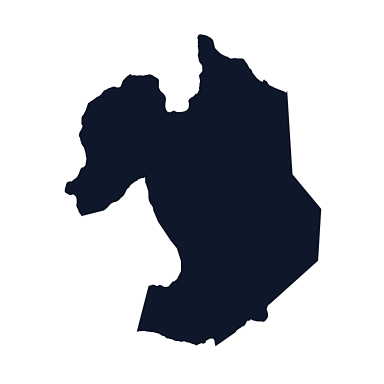 Eau Piquant/St Urbain, Vieux Fort, Saint Lucia (orthographic projection), rotated 263°
{"feature_id": "8701671B56799057925384", "entity_name": "Eau Piquant/St Urbain", "entity_type": "district", "adm_level": 2, "iso_a3": "LCA", "parent_name": "Saint Lucia", "parent_adm1": "Vieux Fort", "projection": "orthographic", "projection_center": [-60.939, 13.762], "detail": "fine", "context": "isolated", "style": "filled", "palette": "ink", "viewbox_px": 384, "rotation_deg": 263, "n_neighbors": 0, "source": "geoboundaries", "source_scale": "gbopen_adm2", "svg_char_len": 5937}
<svg xmlns="http://www.w3.org/2000/svg" viewBox="0 0 384 384"><g transform="rotate(263 192 192)"><path d="M37.2,197.1L47.2,215.9L47.9,217.3L48.7,217.9L50.4,220.0L52.9,225.0L53.7,227.4L54.0,227.8L56.2,229.2L56.9,229.6L57.8,230.5L58.2,231.2L58.3,231.8L58.0,233.0L58.2,233.4L59.0,233.9L59.2,234.4L59.2,234.8L59.0,235.6L58.9,235.9L57.9,236.9L57.8,237.1L57.5,238.5L56.8,239.8L56.3,241.5L55.9,245.2L55.7,245.8L55.3,246.5L55.2,247.0L55.4,247.8L55.8,248.5L58.1,250.8L59.2,251.4L61.3,251.8L62.1,251.8L64.8,251.5L66.0,251.0L66.5,251.1L67.2,251.2L69.5,252.3L70.1,252.7L71.0,253.4L71.4,253.9L71.8,254.9L109.0,308.1L159.3,317.4L197.1,293.1L278.4,297.9L277.6,297.3L277.6,297.1L278.1,297.0L279.3,296.0L280.0,295.2L282.9,289.6L285.1,285.7L286.3,284.1L288.0,281.1L288.3,280.9L288.7,280.8L289.1,280.7L289.9,280.0L290.8,279.6L291.1,279.6L292.2,279.2L292.6,278.2L293.1,277.8L293.6,277.6L293.9,277.2L293.6,276.8L293.3,276.7L292.9,277.0L292.7,276.7L292.1,276.2L292.1,275.5L292.2,274.8L292.6,274.2L293.1,273.1L293.4,272.7L294.7,271.5L296.9,269.4L300.5,267.3L302.1,266.2L303.0,265.9L305.3,265.3L306.1,264.9L306.7,264.4L307.3,263.6L307.9,263.2L309.0,262.9L309.5,262.6L312.2,261.7L314.1,260.5L315.8,259.6L316.8,259.3L317.7,257.7L318.3,252.8L318.8,251.5L319.0,250.5L318.9,248.8L318.8,248.7L319.0,246.7L318.8,246.3L318.8,245.9L319.5,245.4L320.7,244.1L321.2,243.3L322.3,241.1L323.1,239.8L324.8,237.4L325.3,236.8L328.2,234.3L330.5,232.6L331.3,232.0L332.4,231.5L334.4,231.4L336.3,231.1L337.9,231.0L339.2,230.8L340.2,230.5L342.6,228.4L343.2,227.5L343.6,226.5L344.5,225.8L345.6,223.3L345.9,222.0L346.5,220.5L346.8,219.0L346.4,218.2L346.1,217.8L344.7,216.9L343.8,216.9L343.2,217.2L342.0,217.2L340.6,216.9L339.7,216.8L339.3,216.7L336.9,216.8L336.0,216.2L335.9,216.4L333.0,216.3L332.1,216.5L331.4,216.5L330.6,216.3L330.2,216.0L329.8,216.0L329.4,216.0L327.9,215.5L326.6,215.2L322.0,215.6L320.6,215.8L319.6,216.3L318.1,217.3L316.9,217.9L315.6,218.3L314.7,218.1L313.8,218.1L312.7,217.9L311.8,218.0L310.8,217.8L310.3,217.6L308.6,216.0L307.3,214.5L306.4,213.8L303.1,214.2L301.3,214.3L300.4,214.1L300.2,214.3L299.0,213.6L298.3,213.3L296.6,213.2L295.4,212.7L294.5,212.4L293.6,212.3L292.8,212.5L292.0,212.3L291.3,211.6L289.8,210.8L288.8,210.2L288.0,207.6L287.2,206.8L286.3,205.8L285.8,204.9L285.3,203.3L284.0,201.2L282.8,200.3L282.5,200.1L281.6,200.3L280.3,200.6L279.8,200.6L279.5,200.5L278.4,200.4L277.6,200.1L276.8,200.0L274.9,199.1L273.9,198.1L273.7,197.7L273.2,197.2L272.9,196.6L272.2,194.2L271.9,190.7L272.3,187.7L272.5,186.5L272.8,186.0L272.5,185.6L273.0,185.1L273.8,184.7L274.1,184.4L274.1,184.0L273.7,181.9L273.0,180.5L273.0,179.9L273.4,178.5L274.1,177.0L274.7,176.5L276.0,175.9L277.2,175.5L278.8,175.2L281.5,175.3L284.0,175.8L285.7,176.4L288.7,176.8L290.4,176.3L292.4,175.3L295.6,172.5L296.2,172.1L296.7,171.9L297.5,171.8L299.4,171.0L304.1,171.6L306.0,172.0L307.0,172.0L307.4,171.9L308.3,171.3L308.8,170.5L309.5,169.7L310.5,168.3L311.1,167.6L311.9,166.8L312.5,165.7L313.0,164.8L313.2,164.1L313.2,163.8L312.9,161.2L313.0,160.3L312.9,159.8L312.7,158.4L312.7,157.3L313.4,154.7L313.4,151.9L313.5,151.0L313.9,150.1L314.3,148.8L314.3,147.8L314.1,146.8L314.2,146.5L314.3,146.2L315.2,145.3L315.7,145.2L313.9,141.8L310.7,137.8L309.7,137.0L308.3,136.5L305.1,134.7L304.7,134.3L304.2,133.3L303.9,131.4L304.2,129.9L304.8,128.9L305.2,128.1L305.4,126.9L305.3,125.9L304.6,123.5L304.5,122.1L303.8,121.0L302.7,117.3L299.5,114.4L297.7,111.5L297.2,109.4L296.1,107.7L294.9,105.6L293.1,101.8L292.2,100.3L291.7,100.0L285.8,97.2L285.5,97.2L285.0,96.7L282.6,95.0L282.0,94.7L281.4,94.0L279.6,92.3L274.5,91.5L273.6,91.2L270.4,92.4L269.2,91.5L267.5,90.6L266.6,90.0L264.9,88.5L262.9,87.7L261.7,87.4L261.2,87.4L260.7,87.6L259.3,88.3L257.3,88.2L256.6,88.4L253.1,89.0L250.8,90.1L249.6,90.9L243.7,91.8L241.6,91.8L240.9,91.9L239.6,91.9L238.7,92.1L237.2,92.0L236.8,91.7L235.8,91.5L234.3,91.0L233.7,91.0L232.5,90.5L232.1,90.5L231.7,90.4L230.4,89.4L229.4,88.4L229.1,87.6L228.9,85.8L228.7,85.5L227.3,84.4L223.5,82.5L221.4,81.1L221.0,80.8L219.9,79.7L219.0,78.3L217.8,76.1L216.4,74.1L216.3,73.7L216.3,73.3L216.4,72.9L216.6,72.7L216.7,72.2L216.7,71.9L216.4,70.3L216.1,69.6L215.7,69.3L214.4,68.6L212.7,68.0L211.5,67.4L209.9,66.8L208.9,66.6L207.8,66.6L207.2,66.9L204.8,70.3L204.4,71.1L204.9,73.2L204.6,74.5L204.0,75.2L203.1,76.0L202.7,76.4L201.8,76.9L201.3,77.1L200.8,77.2L198.7,77.4L195.8,77.1L193.0,76.4L192.1,76.3L191.6,76.4L188.5,77.5L186.5,77.9L185.3,78.4L184.3,79.1L182.4,79.9L185.1,101.5L184.9,101.3L185.1,101.8L185.9,103.4L187.4,105.5L188.8,107.3L189.5,107.8L190.8,109.7L191.4,110.6L191.9,112.1L192.1,113.0L192.3,114.9L192.4,115.5L193.3,117.6L193.6,118.2L195.6,120.5L196.8,122.5L197.7,123.5L199.6,124.9L202.3,126.5L202.9,127.0L203.4,127.4L204.0,128.2L205.0,129.9L206.2,130.6L206.6,130.9L207.1,131.6L209.6,135.7L210.8,138.8L211.5,139.7L212.2,141.2L212.3,142.4L212.7,143.2L212.6,143.9L212.7,144.8L212.6,145.8L212.8,146.0L213.7,146.4L214.1,147.2L211.8,148.2L211.0,147.8L208.9,147.8L207.7,147.4L205.6,148.0L198.7,149.4L196.2,149.3L191.9,148.9L188.8,148.9L185.8,149.9L184.4,150.9L182.1,151.9L180.1,152.2L178.5,152.1L166.7,155.5L146.8,165.5L138.4,170.8L124.7,173.4L114.6,172.2L106.5,166.8L106.4,166.0L104.8,164.2L104.8,162.3L100.6,157.8L100.0,155.3L100.7,151.9L102.4,150.1L103.0,148.1L102.1,146.6L102.4,145.0L104.0,142.4L103.4,138.0L60.9,121.3L61.1,122.6L60.6,128.3L60.0,129.6L58.7,134.6L58.7,135.8L56.8,140.6L56.2,142.2L53.5,145.4L53.5,146.5L52.3,148.1L51.4,148.5L50.3,150.1L50.3,151.3L49.4,152.7L49.3,154.0L47.6,156.4L46.7,158.5L46.6,160.3L45.7,162.3L45.3,163.7L45.6,164.3L45.6,164.8L45.4,166.9L44.3,168.5L43.5,171.2L42.3,173.5L41.8,174.4L41.5,175.0L41.4,176.0L41.2,176.5L40.9,176.8L40.5,176.8L40.2,177.0L40.1,178.3L40.2,178.6L40.7,179.1L41.0,180.7L41.7,182.7L41.0,184.4L40.9,184.9L40.9,185.4L41.2,186.2L41.6,186.6L43.0,187.2L43.4,187.6L44.5,190.3L45.0,192.0L45.2,192.7L44.6,195.4L44.4,195.7L43.3,196.4L42.0,196.9L41.4,197.0L39.2,196.9L37.2,197.1Z" fill="#0f172a" stroke="#020617" stroke-width="1.5"/></g></svg>